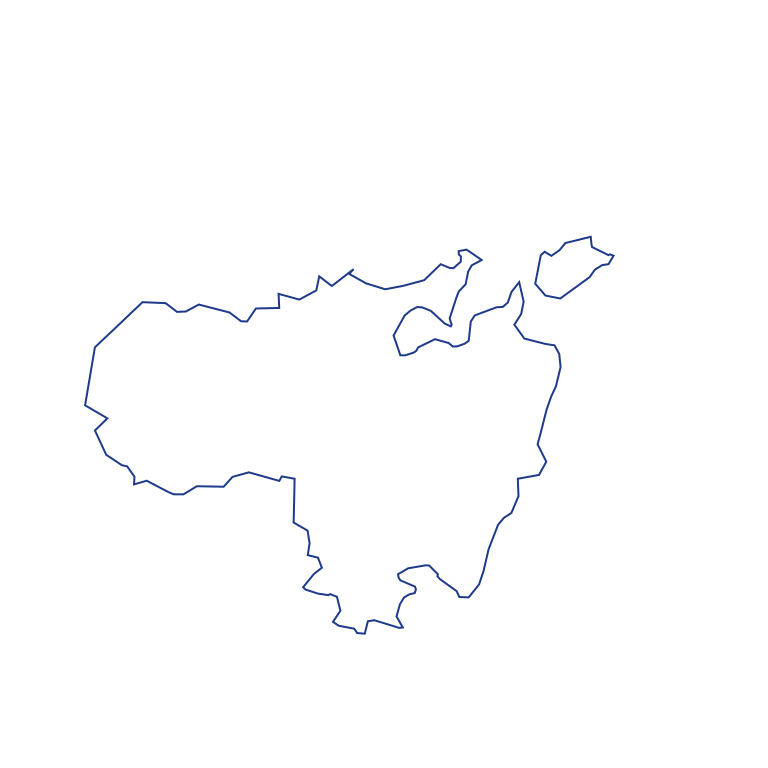 outline of Dorchester, Maryland, United States of America, rotated 230°
{"feature_id": "52423323B10442929932087", "entity_name": "Dorchester", "entity_type": "district", "adm_level": 2, "iso_a3": "USA", "parent_name": "United States of America", "parent_adm1": "Maryland", "projection": "mercator", "projection_center": [-76.061, 38.409], "detail": "fine", "context": "isolated", "style": "outline", "palette": "blue", "viewbox_px": 768, "rotation_deg": 230, "n_neighbors": 0, "source": "geoboundaries", "source_scale": "gbopen_adm2", "svg_char_len": 2579}
<svg xmlns="http://www.w3.org/2000/svg" viewBox="0 0 768 768"><g transform="rotate(230 384 384)"><path d="M434.7,152.0L428.4,159.4L426.0,174.9L408.4,195.1L410.2,208.3L403.2,223.7L377.1,241.5L378.9,246.3L377.8,247.2L368.9,254.6L358.1,245.2L343.2,232.1L336.0,225.7L320.8,231.2L309.9,224.7L301.9,215.6L293.4,221.8L283.2,218.3L283.5,208.2L280.3,191.4L276.9,191.8L266.0,198.6L258.0,205.7L257.7,207.7L251.2,211.2L238.3,204.8L234.6,192.0L227.8,194.0L215.7,203.9L210.4,203.4L205.1,208.8L209.9,215.4L212.6,219.1L209.3,224.7L197.3,232.5L187.5,238.8L185.4,241.9L197.9,244.2L202.6,251.1L205.1,254.7L207.6,262.1L206.6,268.2L204.1,273.2L206.1,276.4L208.9,277.5L222.9,270.4L224.7,270.5L225.2,270.6L226.2,270.7L229.3,272.5L228.0,279.7L227.3,284.0L226.9,284.7L218.3,299.4L217.1,300.7L215.8,301.9L203.7,303.0L202.4,301.3L198.3,301.5L178.7,306.5L172.4,304.8L166.1,311.7L169.1,326.7L169.4,328.1L176.8,340.1L190.1,357.8L202.8,380.8L204.4,389.9L203.3,398.6L211.6,414.9L225.4,425.6L214.7,444.3L220.2,458.4L239.1,462.9L240.3,464.6L242.8,468.3L247.7,475.2L258.8,490.6L259.9,492.2L266.2,502.8L267.1,504.3L271.7,514.2L283.5,530.2L283.7,530.3L293.4,536.9L294.2,537.5L304.0,539.5L310.8,533.5L328.6,520.7L332.1,521.0L345.7,522.0L349.4,534.0L357.3,543.9L375.1,553.0L372.6,540.9L366.8,531.2L366.7,524.5L370.4,519.6L378.2,497.6L376.1,490.7L362.6,476.6L363.0,471.8L365.8,464.2L368.5,460.8L373.8,459.9L385.6,451.8L390.1,433.6L388.7,430.2L388.9,427.1L392.3,418.7L395.5,415.0L415.0,422.5L423.2,443.9L423.2,451.7L421.6,458.9L418.2,462.5L409.9,466.9L391.2,469.4L385.2,472.2L385.9,473.9L392.0,476.4L403.7,495.1L405.5,498.3L406.8,500.8L407.9,510.6L416.0,520.7L418.5,527.5L416.2,538.5L416.7,538.4L433.9,533.6L437.8,526.6L435.2,524.6L432.3,524.9L428.3,521.4L428.1,511.7L430.4,509.1L439.3,504.4L437.7,481.5L447.0,461.5L455.8,445.8L472.7,434.9L490.8,428.1L491.5,434.5L492.6,407.0L508.1,403.6L499.2,392.3L503.1,373.4L520.8,361.2L509.6,352.6L524.2,334.4L519.9,319.3L524.0,314.8L529.1,313.7L538.1,311.6L563.9,293.2L566.9,278.8L572.3,271.8L586.3,268.7L601.9,251.6L600.6,230.2L600.2,224.1L599.0,204.1L598.9,202.8L598.7,198.4L598.4,194.1L597.9,186.1L559.8,141.3L535.5,150.0L534.2,132.7L508.3,125.7L490.3,131.0L486.0,134.3L473.3,133.2L467.8,128.0L462.4,140.1L439.9,149.3L434.7,152.0ZM375.5,613.4L375.2,612.8L375.2,612.5L373.7,604.4L374.6,594.6L382.0,592.1L381.9,586.9L363.6,564.3L350.5,564.5L348.0,564.5L336.2,574.0L333.7,610.1L336.0,619.1L334.9,627.1L334.8,627.7L331.5,633.0L334.7,642.3L338.1,640.4L338.5,638.7L341.4,637.5L355.2,631.4L358.1,633.0L363.9,637.0L375.5,613.4Z" fill="none" stroke="#1e3a8a" stroke-width="2"/></g></svg>